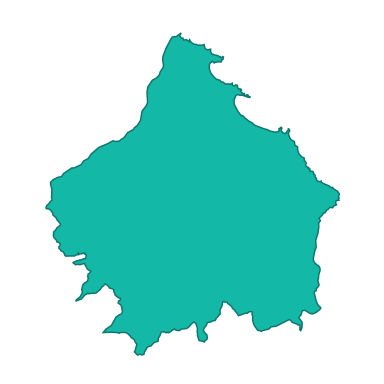 the district of Nasca, Ica, Peru, rotated 176°
{"feature_id": "86281439B61745843991716", "entity_name": "Nasca", "entity_type": "district", "adm_level": 2, "iso_a3": "PER", "parent_name": "Peru", "parent_adm1": "Ica", "projection": "albers", "projection_center": [-75.123, -14.994], "detail": "fine", "context": "isolated", "style": "filled", "palette": "teal", "viewbox_px": 384, "rotation_deg": 176, "n_neighbors": 0, "source": "geoboundaries", "source_scale": "gbopen_adm2", "svg_char_len": 5874}
<svg xmlns="http://www.w3.org/2000/svg" viewBox="0 0 384 384"><g transform="rotate(176 192 192)"><path d="M297.9,230.6L300.7,227.0L307.9,224.2L310.2,224.4L318.8,219.4L321.2,216.4L324.8,216.0L329.4,214.1L332.2,211.9L332.6,210.1L331.6,204.1L332.5,196.4L332.1,193.5L333.9,192.5L335.7,190.2L337.4,189.0L338.3,187.8L338.8,186.2L338.3,185.4L336.3,185.2L334.3,183.7L332.5,180.9L332.2,178.5L329.4,175.9L328.8,174.0L325.4,169.2L325.7,167.9L326.6,167.5L327.6,166.5L328.8,166.1L331.2,163.0L332.8,161.9L333.3,158.2L332.8,156.1L330.6,153.3L330.1,151.5L328.5,151.0L327.0,149.3L327.6,147.5L328.7,146.4L328.6,144.9L327.2,143.5L326.7,142.3L325.3,141.7L324.0,140.4L323.3,137.8L322.6,136.9L313.4,136.4L311.8,137.4L310.6,137.5L309.4,139.9L309.9,138.0L309.1,136.8L309.5,138.3L307.4,138.0L305.6,138.2L304.7,138.8L304.1,138.2L303.2,138.4L303.1,137.4L302.2,136.9L301.8,135.8L302.9,133.1L305.7,132.7L307.0,131.9L308.7,132.1L309.7,131.4L311.3,131.6L315.0,130.2L315.6,129.7L313.1,127.6L310.9,127.8L308.6,127.3L306.2,128.0L304.2,128.0L302.0,122.9L301.0,121.6L298.4,119.9L299.9,118.2L301.4,117.3L302.0,114.7L301.4,113.1L302.5,110.6L303.3,109.7L305.5,108.9L307.4,106.9L308.8,102.4L308.3,100.3L308.8,98.5L311.1,95.1L314.6,92.7L315.3,91.9L315.2,91.4L309.7,93.0L305.7,97.1L304.2,97.4L303.2,98.3L302.2,97.7L298.1,98.0L296.3,97.7L294.1,98.3L289.8,101.6L289.1,103.0L286.9,104.5L285.4,106.3L282.9,105.0L280.9,101.9L277.7,100.8L276.9,99.9L276.9,98.1L275.7,94.3L273.4,92.2L271.8,91.2L271.0,91.2L270.7,90.7L271.2,89.0L272.8,88.4L273.4,86.4L270.6,84.1L269.7,78.0L270.4,75.9L271.0,75.2L273.2,74.6L276.6,72.4L281.7,64.5L287.5,61.1L290.4,58.0L282.5,57.8L275.9,56.9L274.8,56.2L273.2,56.8L268.3,56.6L266.2,55.4L263.6,52.6L262.7,50.9L260.0,48.9L259.0,46.0L257.6,44.0L259.7,38.0L260.6,36.6L258.0,33.4L257.5,33.1L255.7,33.8L253.1,32.9L251.2,33.5L250.6,35.5L247.5,40.2L245.0,41.3L243.8,41.2L240.7,44.1L238.8,45.1L237.2,45.1L236.1,45.6L235.8,48.3L234.3,50.5L232.7,54.0L231.9,54.7L230.3,54.3L229.6,54.6L227.7,53.4L226.6,53.8L225.4,53.2L222.6,54.4L221.1,55.8L220.0,55.9L219.1,56.6L217.4,55.2L214.4,54.6L212.1,56.0L206.9,56.2L204.7,57.5L201.6,60.6L199.6,62.0L198.7,61.9L197.3,60.4L196.3,56.7L196.1,55.0L196.6,52.4L196.3,50.3L196.6,48.7L195.3,43.3L191.2,42.2L190.4,41.4L189.1,42.9L187.4,44.0L186.9,45.4L187.1,48.5L188.7,50.2L190.4,53.2L189.3,55.6L187.0,57.8L186.3,59.7L185.2,60.9L183.0,60.9L179.9,62.1L177.9,62.2L177.1,63.2L177.0,64.1L174.2,66.5L173.6,67.5L172.5,68.0L172.2,72.6L170.0,76.3L169.1,80.3L164.8,79.7L164.0,78.2L160.4,75.0L159.7,73.0L157.6,71.3L157.1,69.7L156.0,68.7L154.2,65.4L146.8,67.4L145.2,67.2L142.9,68.8L140.2,68.2L140.7,65.9L140.1,63.7L140.5,59.9L139.3,54.7L136.1,49.4L134.2,49.0L132.5,48.2L131.4,48.8L124.6,50.0L122.8,51.9L117.3,52.3L103.9,58.0L102.2,56.8L101.2,55.0L96.6,53.0L95.6,51.9L94.4,52.2L93.7,51.9L93.5,51.2L94.1,47.2L93.2,46.1L91.9,48.7L91.2,52.9L91.5,54.9L93.8,58.5L94.1,59.8L92.0,61.3L90.4,65.7L88.2,66.2L85.6,64.9L84.2,63.4L80.9,62.0L79.7,62.1L76.1,63.5L72.7,65.8L71.7,67.1L71.9,68.0L74.0,70.1L74.5,71.3L75.8,75.0L77.1,83.0L76.6,84.1L75.0,84.9L74.8,86.9L72.5,89.0L71.7,90.4L72.7,94.9L72.0,96.5L71.4,100.4L69.7,105.0L69.7,107.0L70.0,108.3L71.4,110.0L72.3,110.4L74.3,112.5L75.3,114.3L75.8,116.8L73.5,125.0L72.0,128.1L72.0,135.2L69.4,141.5L67.9,148.4L67.9,151.8L65.9,154.4L67.1,157.0L63.6,159.8L62.4,161.7L60.8,162.0L59.4,163.7L59.1,164.6L57.7,165.0L55.6,167.0L52.8,166.5L51.5,168.1L48.7,169.2L49.5,170.9L49.1,172.8L48.5,173.4L46.0,173.6L46.4,174.5L45.6,175.7L46.2,176.2L46.0,178.0L45.2,179.1L45.2,180.0L46.7,182.5L50.9,185.6L51.4,186.8L52.5,186.6L53.9,187.4L54.5,188.4L60.2,191.2L62.5,192.8L62.5,193.9L63.6,193.3L66.3,194.3L66.9,195.6L66.9,197.0L68.0,197.9L68.0,199.9L68.7,201.2L69.4,201.4L69.6,203.5L70.4,204.3L72.8,204.4L72.7,205.6L73.3,206.1L72.9,206.6L73.6,206.9L73.8,207.9L74.5,207.7L74.5,208.6L76.3,209.4L76.7,211.0L76.0,213.0L77.7,215.8L77.8,218.2L79.8,219.1L82.7,222.7L83.7,226.6L83.5,229.7L86.0,231.4L86.4,235.3L89.3,237.0L90.8,239.5L91.7,242.9L91.7,244.1L90.2,246.2L91.0,248.2L91.5,248.3L91.6,247.2L93.0,245.9L93.3,244.9L95.4,243.7L97.7,245.2L98.0,246.1L98.7,246.7L98.7,247.9L97.9,249.2L98.2,250.2L99.0,250.2L99.7,249.3L100.6,249.3L101.0,248.5L100.7,246.9L102.8,245.9L105.4,246.0L109.4,247.2L113.3,249.3L114.5,249.5L123.8,253.7L126.5,255.8L126.9,256.6L130.2,258.6L133.9,262.0L136.1,264.7L137.0,264.4L138.4,265.9L141.0,270.1L143.8,276.7L143.6,281.0L141.6,284.9L140.9,285.7L139.5,285.9L136.9,285.0L135.9,285.2L134.2,284.7L129.4,282.6L127.8,282.2L127.5,282.9L128.7,283.3L129.6,285.0L130.6,285.1L132.7,284.5L133.2,285.9L132.9,286.6L134.8,286.7L135.2,287.8L136.7,289.0L136.3,290.2L135.5,290.2L135.6,290.9L137.1,291.6L138.1,291.3L138.9,292.3L139.4,295.3L140.9,295.8L141.4,295.2L142.9,294.9L144.1,295.9L144.3,297.8L146.0,296.8L148.3,297.4L150.8,297.2L153.5,299.5L155.3,300.0L156.3,301.5L159.8,302.8L161.5,304.4L164.8,309.1L165.9,312.6L166.2,315.1L165.5,318.5L164.4,319.9L163.4,320.0L162.8,321.0L161.5,320.2L160.8,319.1L159.9,319.9L158.6,319.7L156.7,320.2L154.1,319.6L153.2,320.8L153.2,321.8L151.9,322.1L151.2,324.5L151.9,325.0L152.8,324.2L154.0,324.0L154.5,325.2L155.3,325.1L157.2,326.5L159.0,326.7L161.5,328.0L162.5,328.0L163.7,330.9L163.5,333.2L166.6,332.6L168.3,333.5L169.2,335.1L169.7,338.3L172.3,337.6L173.8,338.1L176.0,337.8L177.4,339.0L178.8,339.0L180.9,339.9L182.5,341.8L183.7,341.9L184.0,342.5L183.3,343.4L183.7,344.1L184.1,343.2L185.3,342.9L186.8,344.3L189.7,344.2L190.3,346.1L191.3,346.0L193.4,348.4L192.7,350.3L192.0,350.7L192.2,351.1L196.8,348.2L200.7,348.0L202.1,346.5L207.8,337.3L211.4,329.5L212.1,325.8L211.6,320.7L212.0,318.4L215.3,314.1L216.4,311.0L219.4,308.3L223.7,306.3L228.6,300.1L229.9,295.0L230.1,284.0L231.7,281.2L236.2,276.1L238.3,267.1L241.9,262.2L245.1,260.0L246.0,258.5L252.0,255.7L256.3,250.7L258.7,249.6L260.9,247.9L264.8,247.7L267.2,248.6L272.7,246.1L281.7,243.0L289.8,237.1L293.2,232.6L297.9,230.6Z" fill="#14b8a6" stroke="#0f766e" stroke-width="1.5"/></g></svg>